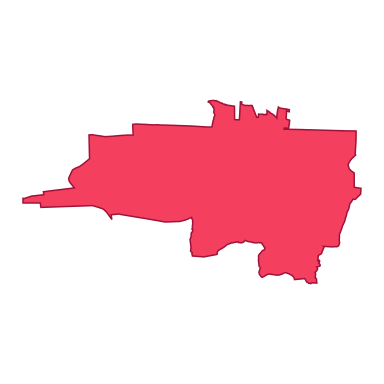 Tenango del Valle, México, Mexico
{"feature_id": "50627088B67795620919369", "entity_name": "Tenango del Valle", "entity_type": "district", "adm_level": 2, "iso_a3": "MEX", "parent_name": "Mexico", "parent_adm1": "México", "projection": "albers", "projection_center": [-99.612, 19.076], "detail": "fine", "context": "isolated", "style": "filled", "palette": "rose", "viewbox_px": 384, "rotation_deg": 0, "n_neighbors": 0, "source": "geoboundaries", "source_scale": "gbopen_adm2", "svg_char_len": 5938}
<svg xmlns="http://www.w3.org/2000/svg" viewBox="0 0 384 384"><path d="M89.0,134.9L89.5,157.2L89.7,158.6L82.7,164.3L79.6,166.5L75.9,168.0L75.1,168.4L74.2,169.0L73.5,169.3L73.0,169.6L72.8,169.9L72.5,170.2L71.8,171.4L69.9,175.5L69.1,177.2L68.7,178.3L68.7,179.0L69.1,180.7L69.4,181.5L69.9,182.3L70.6,183.3L72.0,185.0L74.4,187.9L43.4,191.7L43.8,194.7L31.5,196.1L24.3,198.5L23.0,198.3L23.0,203.0L40.3,203.0L40.9,207.4L92.5,205.6L98.3,207.3L103.2,209.0L106.6,212.2L111.9,219.5L111.1,214.8L118.7,214.0L121.5,214.6L149.4,219.2L165.1,222.0L179.5,221.5L185.2,220.1L186.0,219.8L188.1,218.9L191.6,217.4L192.0,219.1L192.1,219.4L192.3,219.6L192.6,219.9L192.7,220.2L192.6,221.4L192.7,222.2L192.7,223.6L192.4,225.9L192.4,227.2L192.4,228.0L192.2,228.5L191.9,229.0L192.0,229.2L192.3,229.3L192.6,229.4L192.8,229.9L192.8,230.3L192.6,230.9L192.6,231.7L192.5,231.9L191.6,232.3L191.5,232.5L191.3,233.0L191.2,233.7L191.1,235.9L191.0,236.9L190.6,237.9L190.3,238.9L190.0,239.5L191.0,247.1L190.5,251.1L192.2,252.7L191.8,253.8L192.3,254.9L192.4,256.0L194.7,256.2L203.9,256.9L216.6,254.5L217.1,254.3L217.1,253.9L217.3,253.0L217.4,252.3L217.6,251.4L218.2,250.7L218.7,250.3L219.4,249.9L220.5,249.2L221.8,248.6L223.2,247.6L223.8,247.3L225.0,246.4L226.2,245.3L226.8,244.9L227.6,244.5L228.9,243.9L229.6,243.7L231.0,243.1L231.8,242.9L232.2,242.9L233.2,242.8L233.9,242.5L234.3,242.4L235.1,242.3L235.5,242.3L235.9,242.2L236.3,242.1L238.0,241.7L238.2,241.8L238.4,242.5L238.9,242.6L239.4,242.6L239.9,242.6L240.4,242.8L242.1,242.7L243.4,242.2L244.3,241.3L244.7,241.0L245.0,240.4L245.3,240.5L245.9,240.6L246.2,240.9L247.0,241.2L249.2,241.8L250.2,241.8L250.8,241.9L252.2,242.3L252.9,242.6L253.8,242.7L254.6,242.7L255.8,242.9L257.3,242.8L258.2,242.5L259.1,242.6L259.7,242.9L260.0,242.8L260.5,242.8L261.0,242.9L261.8,242.9L262.0,243.6L262.5,244.7L263.0,244.9L263.2,245.3L263.5,245.9L264.1,247.0L264.5,247.1L264.9,247.6L265.0,248.0L264.6,249.1L264.6,249.6L264.3,249.9L263.4,250.0L262.8,250.6L262.0,251.0L261.7,251.6L260.3,253.2L259.7,253.7L259.2,254.6L258.6,255.4L258.5,256.3L258.5,257.2L258.7,258.0L258.4,259.9L259.1,266.2L260.4,267.9L258.9,272.1L259.4,274.3L261.3,276.9L261.4,277.0L262.1,277.3L262.3,277.3L262.9,277.0L263.9,276.5L264.7,276.1L265.4,275.6L266.6,274.9L267.8,274.4L269.0,274.0L270.8,274.3L274.5,274.8L276.7,275.1L277.9,275.1L279.2,275.0L282.1,274.1L283.1,273.6L284.8,272.6L285.7,272.8L286.6,273.0L288.0,273.5L289.8,274.2L291.5,275.3L292.1,275.4L294.1,277.7L294.5,279.6L304.7,278.6L306.8,282.1L307.2,282.2L308.1,282.6L308.6,283.3L310.7,283.6L310.8,283.4L312.4,282.9L314.5,282.9L316.8,283.1L316.6,280.1L316.4,278.7L315.2,277.6L315.6,274.7L315.5,273.1L315.0,272.4L316.6,270.9L317.4,269.5L317.6,268.9L317.5,268.4L317.3,268.0L316.6,267.0L318.0,266.6L318.6,266.6L319.2,266.3L320.2,265.7L320.1,264.9L319.6,263.9L318.6,263.1L318.7,262.7L318.7,262.3L319.2,262.4L319.5,261.6L319.0,261.4L319.0,261.0L319.5,260.8L319.0,260.1L318.4,260.2L318.6,260.0L318.0,259.4L318.1,258.7L317.9,258.2L317.9,257.7L318.3,256.8L318.1,256.5L318.1,256.2L318.4,255.8L318.9,255.1L319.5,254.7L320.7,254.2L321.0,253.8L321.5,253.6L321.9,252.4L322.2,251.3L322.6,250.7L323.5,248.4L324.0,247.2L323.8,247.0L323.8,246.5L323.7,246.4L332.5,246.9L333.5,246.8L334.9,246.6L336.1,246.8L337.7,246.5L338.7,245.7L339.5,243.3L339.6,242.4L339.3,240.9L339.2,239.8L339.4,238.4L339.4,236.5L339.4,234.5L339.9,233.2L340.3,232.4L342.0,227.7L342.2,227.0L342.3,226.4L342.7,225.5L343.0,225.0L344.8,221.0L345.2,219.0L346.5,215.1L347.0,212.4L348.7,209.1L349.9,203.8L351.6,201.5L353.0,199.1L353.3,199.2L354.3,199.4L355.0,199.4L355.8,199.0L356.8,197.8L360.6,194.2L361.0,188.3L357.8,187.9L354.2,187.2L354.2,173.0L351.1,170.8L349.1,168.7L348.1,164.6L349.4,161.9L350.3,160.6L351.2,159.4L351.8,158.6L353.2,157.4L353.9,156.6L355.6,155.2L355.2,153.7L356.0,141.1L356.1,131.0L342.4,130.8L342.4,130.7L337.4,130.6L298.6,129.5L284.0,129.2L284.4,128.0L288.6,128.2L289.2,124.5L289.7,120.3L288.9,119.9L287.3,119.6L286.3,119.0L286.3,118.9L286.1,118.7L286.4,114.5L286.6,110.9L286.9,111.1L288.2,111.6L288.6,111.7L289.3,111.7L289.3,109.6L286.9,109.3L286.9,109.1L282.8,108.6L281.3,108.3L280.4,108.1L278.8,107.5L278.4,107.1L277.8,109.6L277.5,111.2L277.1,113.5L276.9,115.6L276.9,116.3L276.8,118.1L275.9,117.0L274.0,115.2L273.2,114.6L272.2,114.0L271.5,113.6L270.4,112.9L270.2,112.9L269.9,112.3L267.0,110.4L267.0,112.8L267.0,114.3L266.1,114.2L266.0,114.6L263.8,114.7L263.8,114.4L262.4,114.4L262.4,114.2L260.4,114.2L258.5,114.1L258.3,117.3L258.0,117.2L257.3,117.2L256.7,117.3L253.9,110.2L252.2,105.6L251.7,105.7L251.4,105.4L251.1,105.5L250.8,105.5L250.4,105.4L250.0,105.4L249.4,105.6L248.8,105.6L248.4,105.6L248.0,105.4L247.5,105.4L246.9,105.4L246.5,105.4L245.8,105.5L245.2,105.3L244.2,105.3L243.3,104.9L243.0,104.8L242.4,104.6L242.2,104.5L241.7,104.1L241.8,102.0L240.4,101.8L239.4,119.8L236.4,119.7L234.6,119.6L234.5,106.2L225.6,104.9L225.8,104.6L225.2,104.5L225.0,104.3L224.5,104.2L224.3,104.2L224.1,104.1L223.8,104.2L222.9,103.8L222.7,103.7L222.4,103.4L222.1,103.1L221.8,103.3L221.7,103.3L221.1,103.1L219.7,102.4L219.0,101.9L218.4,101.7L218.0,101.5L217.6,101.2L217.3,101.3L216.9,101.3L216.5,101.1L216.3,100.9L216.1,100.6L215.6,100.8L214.7,100.7L214.4,100.5L213.3,100.5L212.9,100.4L212.6,100.5L210.6,100.7L209.0,101.0L208.3,101.4L208.2,102.0L210.3,103.0L210.7,103.9L213.4,106.9L213.5,107.2L213.1,107.3L214.2,108.9L214.0,110.0L213.9,111.3L213.6,112.1L214.4,113.9L214.7,114.5L214.8,115.1L214.7,115.7L214.4,116.5L214.0,116.9L214.0,117.1L213.8,118.0L213.6,119.7L213.2,120.3L213.1,120.7L212.8,122.6L212.4,124.0L212.1,125.9L211.8,127.0L210.7,127.0L207.1,127.0L191.2,126.0L171.6,125.3L165.3,125.1L163.1,125.0L162.1,125.1L156.7,124.7L156.2,124.8L153.2,124.9L147.2,124.5L137.9,124.1L136.1,124.0L135.2,124.1L132.8,124.3L132.8,127.9L133.2,135.1L127.8,135.1L126.9,135.1L124.7,135.3L121.8,135.4L112.9,136.2L106.2,136.6L105.1,136.6L103.7,136.5L101.0,136.0L98.7,135.7L94.5,135.1L92.2,134.7L90.7,134.9L89.0,134.9Z" fill="#f43f5e" stroke="#9f1239" stroke-width="1.5"/></svg>